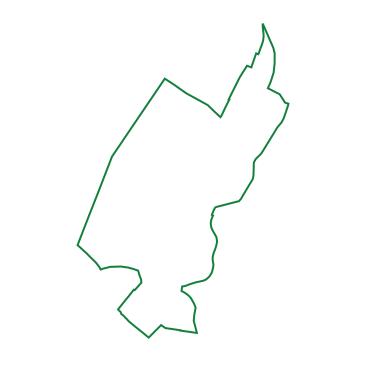 Mina Al-Basal, Al Iskandariyah, Egypt, rotated 160°
{"feature_id": "37247803B6072823038125", "entity_name": "Mina Al-Basal", "entity_type": "district", "adm_level": 2, "iso_a3": "EGY", "parent_name": "Egypt", "parent_adm1": "Al Iskandariyah", "projection": "mercator", "projection_center": [29.876, 31.167], "detail": "fine", "context": "isolated", "style": "outline", "palette": "green", "viewbox_px": 384, "rotation_deg": 160, "n_neighbors": 0, "source": "geoboundaries", "source_scale": "gbopen_adm2", "svg_char_len": 2401}
<svg xmlns="http://www.w3.org/2000/svg" viewBox="0 0 384 384"><g transform="rotate(160 192 192)"><path d="M235.6,57.9L234.4,70.4L231.9,75.7L228.2,82.0L228.2,86.0L229.3,92.7L230.6,95.8L232.3,98.5L234.3,101.1L235.7,102.5L234.8,104.2L233.5,106.6L230.5,106.0L225.7,106.1L219.5,105.8L212.0,104.8L210.7,104.9L210.3,104.7L209.5,104.9L208.1,105.2L205.0,106.4L203.1,107.7L200.9,109.6L199.0,112.2L197.5,114.7L196.5,117.0L196.1,120.0L195.4,122.3L194.6,124.1L193.4,126.0L192.4,127.4L191.3,128.6L189.6,130.6L187.6,133.2L186.3,135.3L185.9,135.9L185.5,136.5L184.9,139.0L184.5,141.2L185.0,144.6L185.8,148.9L186.0,152.0L185.3,155.5L184.7,157.0L183.5,159.1L181.4,161.6L180.3,162.6L180.8,163.1L181.2,163.6L179.9,165.1L177.2,168.0L175.6,169.4L174.2,169.6L162.8,168.5L152.3,167.5L151.3,167.2L148.3,168.8L145.1,171.5L135.5,179.3L130.9,183.0L130.0,184.1L128.6,186.5L125.9,193.2L124.5,196.9L123.6,198.7L121.2,200.9L119.6,201.8L114.8,203.9L113.0,205.0L89.3,223.8L84.0,226.8L80.3,230.2L72.4,240.1L71.2,242.0L72.9,243.3L74.0,244.1L74.6,246.9L76.2,253.9L79.3,257.2L84.4,262.7L84.7,263.0L85.2,263.5L80.5,268.5L78.3,271.3L74.5,276.2L70.5,284.3L66.9,294.0L66.3,299.5L67.7,322.6L68.0,326.1L69.2,322.5L69.9,319.3L70.7,316.0L71.3,314.3L72.4,311.8L73.5,309.8L75.2,307.5L78.9,303.1L82.5,298.8L83.8,299.8L84.0,300.0L84.3,300.3L92.7,290.0L93.2,289.4L93.6,288.8L97.1,291.8L103.8,286.7L108.3,283.1L125.9,266.4L125.6,266.2L125.4,266.0L130.4,261.3L131.9,259.9L138.1,253.7L139.7,252.6L143.4,259.9L147.5,268.3L163.7,286.8L172.1,298.9L178.8,307.8L226.8,273.1L245.0,259.9L255.0,252.7L281.9,221.9L282.0,221.8L296.8,205.1L297.2,204.7L297.5,204.3L317.7,181.2L316.5,178.9L315.6,177.4L315.6,177.2L312.0,170.4L310.3,166.6L306.5,158.7L304.8,153.5L304.3,150.4L304.0,150.4L303.6,150.3L301.9,150.4L294.3,149.6L288.3,147.6L284.3,146.3L281.6,144.8L277.9,142.9L273.3,139.6L269.6,136.6L269.6,135.0L269.8,132.4L269.8,126.9L270.5,124.6L270.6,124.4L270.6,124.1L274.7,121.9L279.4,119.4L279.8,119.8L280.1,120.1L282.0,118.9L286.6,116.0L289.0,114.6L292.2,112.8L292.4,112.6L300.8,107.5L301.6,107.0L301.3,105.9L300.2,103.9L300.1,101.3L299.3,100.3L299.0,99.9L298.8,99.5L297.8,97.2L297.4,96.2L297.1,95.5L296.7,94.8L295.6,92.0L290.8,83.9L289.8,82.2L286.4,76.7L284.7,73.8L282.5,70.0L273.1,74.4L266.9,77.3L266.7,77.4L266.5,77.5L264.6,74.7L263.5,73.2L263.2,73.0L262.9,72.9L250.4,66.2L250.5,66.1L250.6,65.9L235.6,57.9Z" fill="none" stroke="#15803d" stroke-width="2"/></g></svg>